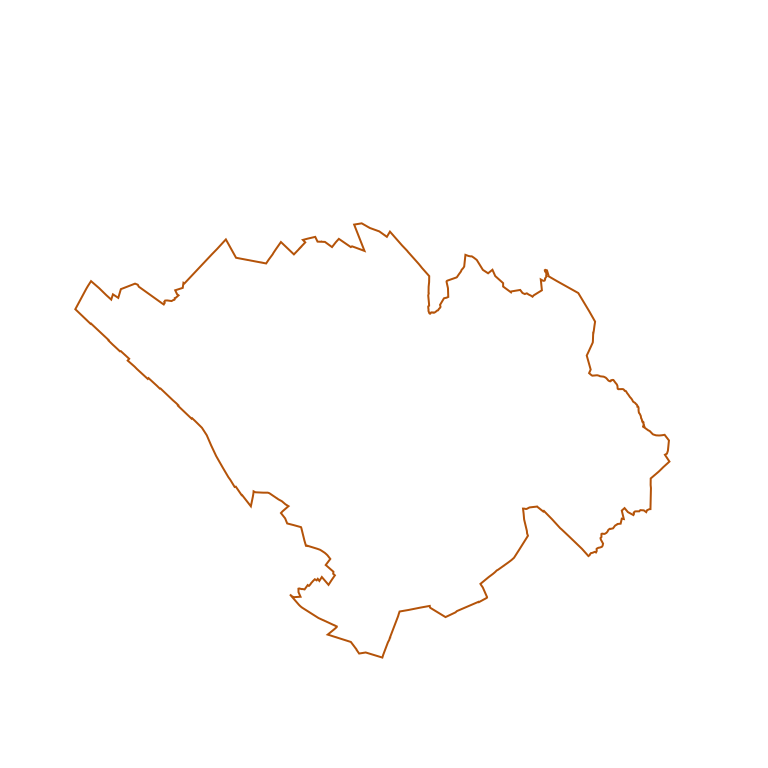 outline of Beļavas pag., Gulbene, Latvia, rotated 50°
{"feature_id": "27541924B57047213850381", "entity_name": "Beļavas pag.", "entity_type": "district", "adm_level": 2, "iso_a3": "LVA", "parent_name": "Latvia", "parent_adm1": "Gulbene", "projection": "robinson", "projection_center": [26.768, 57.248], "detail": "fine", "context": "isolated", "style": "outline", "palette": "amber", "viewbox_px": 768, "rotation_deg": 50, "n_neighbors": 0, "source": "geoboundaries", "source_scale": "gbopen_adm2", "svg_char_len": 6141}
<svg xmlns="http://www.w3.org/2000/svg" viewBox="0 0 768 768"><g transform="rotate(50 384 384)"><path d="M602.1,486.7L604.9,476.0L604.8,474.2L611.6,451.6L612.1,451.6L613.9,442.7L613.6,442.1L613.1,441.9L612.3,441.7L603.4,439.1L600.3,438.8L599.1,438.6L599.2,427.8L599.5,422.5L599.5,420.0L599.3,417.4L599.6,416.1L600.6,403.5L600.8,399.5L600.7,396.1L597.7,386.5L592.8,371.3L590.4,370.4L588.4,369.0L577.8,363.7L573.1,360.4L568.8,357.6L569.6,356.7L571.0,355.6L571.2,355.3L571.5,354.6L572.0,352.2L572.2,351.7L575.5,346.7L576.0,346.0L576.2,345.5L576.5,345.5L583.9,344.0L583.8,343.8L583.9,343.1L595.6,342.2L607.7,341.7L609.4,341.4L619.8,340.2L637.5,338.3L647.2,338.0L647.3,336.6L646.7,335.2L646.7,334.7L646.6,334.3L646.6,334.0L647.1,333.3L647.6,332.0L648.0,330.5L648.2,330.3L649.3,329.9L648.8,328.6L648.4,328.2L647.0,327.2L646.9,326.9L647.1,325.7L647.3,325.0L648.0,323.8L648.7,322.0L648.7,321.4L648.5,320.8L648.2,320.2L647.3,319.1L647.1,318.8L642.6,317.9L641.2,317.2L641.0,315.8L638.7,313.9L638.8,313.1L640.4,311.7L640.7,311.0L641.0,309.3L640.7,307.6L640.0,306.0L640.0,304.4L640.1,304.0L640.4,303.7L640.6,303.7L641.8,301.3L641.0,298.0L641.5,295.1L641.4,295.0L643.1,292.5L640.0,288.4L641.6,287.1L633.8,283.2L633.7,279.5L638.9,279.5L644.7,277.2L644.2,276.0L643.0,275.3L643.0,273.5L645.6,270.3L645.4,268.7L647.8,266.2L650.7,265.5L649.8,263.6L650.5,261.1L651.1,260.3L635.3,246.4L632.8,244.7L627.8,240.4L627.7,229.7L627.2,223.3L626.9,215.2L618.8,214.3L619.2,212.0L617.6,209.4L610.4,202.0L603.3,201.7L602.0,203.9L600.5,206.1L599.5,207.2L598.2,208.6L595.7,210.2L595.1,210.4L590.7,210.7L589.5,211.3L585.1,212.4L583.2,213.0L583.1,212.9L583.9,212.2L584.0,211.9L582.3,211.4L582.3,211.1L581.3,210.8L580.4,210.0L580.0,209.8L579.8,209.8L579.9,210.4L579.7,210.5L578.3,210.1L576.7,209.2L575.7,209.1L573.4,207.8L571.0,207.2L570.4,207.3L569.3,206.9L567.5,205.7L566.4,204.7L565.6,204.2L564.8,203.9L564.3,204.5L564.1,204.4L563.8,204.0L562.3,203.6L561.7,203.8L560.0,203.8L557.6,204.5L555.3,204.0L553.6,203.9L552.1,204.0L549.4,203.7L547.1,203.6L545.4,203.3L544.8,203.3L544.5,203.4L544.0,204.0L542.6,203.9L542.0,204.0L541.5,204.3L541.0,204.8L538.6,207.8L537.9,208.0L537.6,207.9L535.5,206.4L534.3,206.0L533.6,205.9L531.7,205.9L528.6,205.7L528.4,205.7L527.9,206.1L527.6,206.9L527.1,207.4L527.1,207.6L527.5,208.3L527.5,208.6L527.4,209.0L527.1,209.2L525.9,209.8L525.3,209.9L523.1,209.9L521.6,210.1L519.6,211.0L517.5,213.0L516.8,213.6L515.8,214.0L514.3,215.1L511.5,219.1L510.1,219.5L507.5,219.9L505.8,216.4L492.5,210.4L491.2,207.5L486.4,197.4L485.3,196.3L480.2,191.7L480.3,191.7L478.2,189.2L474.9,185.6L471.9,182.2L460.6,180.1L439.2,176.7L416.3,185.4L407.2,188.7L406.6,188.2L401.7,186.1L400.2,187.1L400.2,187.7L401.4,188.3L402.7,188.2L404.3,189.0L405.0,189.9L406.1,190.5L406.7,192.8L407.6,193.5L408.0,194.6L407.3,195.7L404.7,196.7L413.7,202.8L412.3,212.4L412.6,214.1L410.6,214.7L408.2,215.8L406.8,216.1L406.3,216.4L405.6,218.3L403.3,219.4L399.5,219.2L394.9,227.0L395.4,227.8L385.9,230.1L383.3,227.9L372.8,229.4L366.2,227.5L366.1,233.1L360.1,234.9L348.6,233.2L344.9,234.0L342.6,234.7L341.7,235.8L340.2,237.0L337.4,238.6L345.6,247.1L346.2,249.2L346.4,251.0L347.3,252.9L348.0,255.8L349.0,259.4L349.0,259.9L345.6,268.9L345.5,269.3L345.5,269.8L345.6,270.1L346.3,270.6L351.7,273.4L358.6,278.8L358.1,280.6L357.1,282.5L356.9,283.0L359.4,290.2L360.9,290.9L361.4,291.4L361.6,291.9L361.8,293.7L362.0,294.3L362.3,295.2L361.9,296.1L361.9,298.2L361.7,299.5L361.5,299.9L360.9,300.2L360.7,300.4L360.8,300.7L359.8,301.4L359.5,301.8L359.5,302.3L359.8,302.9L359.8,303.1L359.8,303.5L359.5,303.7L359.0,303.8L356.7,303.0L355.4,301.9L354.7,301.5L353.3,300.5L353.0,300.2L353.0,299.1L351.7,298.1L344.6,293.2L343.2,291.3L342.8,291.3L341.2,289.9L338.2,287.3L334.9,283.9L330.4,280.0L319.6,280.3L314.4,280.2L297.5,280.7L297.2,280.6L289.4,281.1L271.1,281.5L273.1,287.2L264.1,289.5L255.3,294.6L246.6,297.8L242.7,304.4L269.5,313.4L260.9,318.3L258.0,320.0L257.8,321.4L243.8,325.3L244.4,329.7L245.7,335.8L237.2,337.9L235.0,340.3L234.6,340.4L234.4,341.0L232.2,343.4L227.1,342.1L223.6,349.0L221.5,353.5L224.9,353.3L225.7,360.5L225.8,360.4L226.8,369.7L209.0,371.7L211.3,380.3L212.5,384.4L213.1,386.0L214.6,392.3L215.9,396.8L192.2,416.2L171.6,412.2L173.3,425.3L174.0,432.4L178.7,472.3L177.6,472.6L181.0,476.4L178.0,483.7L182.2,484.8L184.0,484.4L184.1,488.1L183.7,489.1L184.7,490.0L184.7,490.6L184.3,491.2L183.9,493.4L180.7,496.3L179.4,498.0L179.8,499.6L180.9,499.8L181.5,501.6L179.4,502.2L151.8,509.3L149.7,508.8L147.1,510.2L142.2,524.6L147.2,532.2L141.1,534.0L144.0,538.7L137.6,539.6L127.5,540.6L116.9,542.3L118.6,547.8L119.7,550.9L128.3,572.4L149.3,570.1L149.3,569.6L173.5,566.7L173.6,567.1L179.5,566.5L184.1,565.9L189.2,565.3L189.6,564.5L200.9,563.0L201.3,565.3L210.3,563.9L214.0,563.6L228.3,561.7L228.1,560.6L239.4,559.1L243.5,558.7L243.7,558.1L260.6,556.2L265.2,555.5L268.1,555.2L268.2,555.8L286.9,553.7L286.8,553.0L290.8,552.5L300.5,551.6L309.3,552.7L320.0,555.9L331.4,558.9L344.6,561.3L355.4,563.1L358.4,563.3L366.9,564.6L367.4,563.5L377.7,564.5L377.8,564.1L392.1,564.6L386.1,557.0L383.9,554.4L382.4,552.9L384.3,552.1L389.4,546.6L392.5,542.9L394.0,542.0L404.6,539.0L408.1,537.6L412.9,536.8L416.2,535.7L416.3,543.6L416.6,545.9L423.4,546.1L428.6,547.8L433.9,544.0L440.3,539.6L441.2,539.9L452.8,545.6L457.8,547.8L458.7,547.0L458.4,546.8L467.4,541.0L469.8,539.6L471.2,539.1L475.2,537.9L477.1,537.6L478.8,537.4L483.5,537.6L485.2,545.0L495.3,543.4L496.7,544.9L499.0,544.6L500.5,550.1L502.2,555.6L491.9,555.7L493.3,560.1L490.7,560.0L491.1,561.8L489.1,562.5L489.3,565.0L489.6,566.9L489.7,567.8L490.1,569.0L490.4,571.0L490.4,571.3L490.1,571.5L489.0,571.7L490.3,576.9L488.9,578.0L488.3,578.8L486.1,580.4L485.8,581.1L488.5,583.3L493.3,584.7L489.5,589.9L488.4,590.6L486.5,591.2L485.8,591.2L485.8,591.3L498.6,591.1L500.6,590.9L502.6,590.5L521.2,584.6L539.4,576.0L539.8,576.5L539.9,578.8L539.8,588.2L560.3,575.2L569.8,575.7L570.0,575.9L574.5,576.3L577.9,570.6L592.5,561.1L590.9,558.6L584.4,547.0L583.4,544.5L582.3,542.8L582.3,542.5L582.1,542.5L570.9,522.4L569.7,520.6L568.3,518.3L572.9,510.4L578.6,500.0L583.4,491.6L584.3,492.2L585.0,492.4L585.5,492.3L602.1,486.7Z" fill="none" stroke="#b45309" stroke-width="2"/></g></svg>